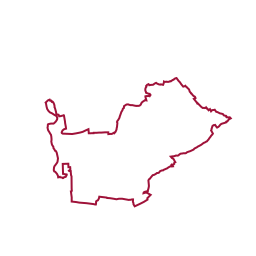 the district of Topoloveni, Arges, Romania, rotated 54°
{"feature_id": "2599482B28949166666369", "entity_name": "Topoloveni", "entity_type": "district", "adm_level": 2, "iso_a3": "ROU", "parent_name": "Romania", "parent_adm1": "Arges", "projection": "mercator", "projection_center": [25.078, 44.823], "detail": "fine", "context": "isolated", "style": "outline", "palette": "rose", "viewbox_px": 256, "rotation_deg": 54, "n_neighbors": 0, "source": "geoboundaries", "source_scale": "gbopen_adm2", "svg_char_len": 5840}
<svg xmlns="http://www.w3.org/2000/svg" viewBox="0 0 256 256"><g transform="rotate(54 128 128)"><path d="M154.4,216.8L157.6,213.3L159.7,211.3L164.4,205.8L169.3,200.6L170.5,199.6L171.0,199.0L170.6,198.5L168.7,197.0L168.6,196.9L168.6,195.6L168.8,194.9L168.2,193.5L167.7,192.7L166.7,191.6L171.8,186.1L172.3,186.1L174.1,183.9L176.7,181.3L178.9,179.2L179.9,176.9L181.3,175.0L181.9,174.2L186.7,169.6L187.0,168.9L187.5,168.3L188.2,166.6L188.7,165.9L189.7,166.7L190.7,167.5L191.6,167.6L193.0,168.4L195.3,168.6L196.4,162.9L197.1,158.6L197.4,154.3L196.3,153.7L196.0,153.3L196.0,152.6L195.4,149.0L193.0,150.1L192.2,150.3L191.0,151.3L190.5,152.0L189.9,153.8L189.6,153.5L189.4,153.1L189.4,152.3L189.8,151.2L190.7,149.0L190.1,148.5L189.2,147.3L187.8,145.7L186.8,144.9L182.4,142.3L182.0,141.5L181.8,140.8L181.9,139.9L181.6,139.3L180.7,135.8L181.3,134.2L181.4,133.3L181.5,132.1L181.4,131.2L182.1,130.0L182.3,129.0L181.8,127.6L181.8,127.2L182.3,125.4L182.9,124.6L182.8,123.7L183.0,122.9L183.5,120.6L183.7,119.9L183.6,118.9L183.7,117.9L183.8,116.9L184.1,115.9L184.8,115.3L185.4,114.2L184.8,114.1L183.4,114.5L183.3,113.9L184.1,113.6L184.3,112.5L184.2,111.7L183.5,111.3L183.4,110.8L183.3,110.4L183.4,109.8L182.3,109.8L181.6,109.6L179.9,109.4L178.9,109.7L178.2,110.1L176.3,110.2L177.4,108.1L177.8,107.7L178.0,106.9L178.3,106.2L178.3,105.8L178.6,105.2L179.2,104.5L179.6,104.0L179.8,103.2L179.7,102.6L179.6,102.1L179.6,101.8L179.7,101.4L179.6,100.9L179.7,100.5L180.4,99.3L180.9,98.3L181.3,97.5L182.0,96.8L182.2,96.3L182.4,95.8L182.3,94.6L182.4,94.2L182.7,93.1L183.3,91.3L184.0,87.6L183.7,86.5L183.7,85.9L183.9,85.2L183.9,84.7L184.1,83.7L184.1,81.9L184.3,81.2L184.6,78.7L184.6,77.4L184.5,75.5L184.8,74.8L184.9,73.9L185.0,72.7L185.2,71.9L184.8,70.7L184.7,69.8L184.1,68.3L183.6,66.5L183.1,65.2L182.8,63.5L182.4,62.6L181.5,62.5L178.8,62.2L178.6,61.6L177.5,60.6L177.3,60.1L176.7,59.4L176.3,58.8L176.0,58.4L176.0,57.1L176.3,56.9L176.7,55.7L179.4,55.8L180.0,55.7L180.0,55.3L180.2,54.5L180.1,53.1L179.8,52.2L179.7,51.7L179.5,50.8L179.7,49.5L180.5,47.3L181.1,45.4L180.8,45.4L180.6,44.7L180.9,43.4L180.8,42.6L180.3,41.7L180.4,40.6L180.6,39.2L179.4,39.3L179.1,39.4L178.8,40.1L178.6,40.4L177.8,41.1L177.6,41.6L177.3,41.9L177.0,42.0L176.7,41.9L176.1,41.5L175.8,41.5L175.3,42.1L174.0,43.1L172.9,43.0L172.4,43.1L171.3,44.0L170.1,45.1L168.4,45.9L167.4,46.5L166.8,47.1L164.2,47.1L164.1,47.5L163.0,49.4L163.3,51.0L160.9,50.6L161.0,52.4L159.0,52.4L158.9,52.7L157.2,52.7L157.4,53.4L157.1,54.1L156.5,54.5L155.8,55.7L154.5,56.2L153.5,56.4L148.6,57.1L148.7,57.5L147.5,57.4L143.1,57.6L143.2,56.8L143.6,56.0L143.6,55.9L142.9,55.6L142.2,55.5L141.7,55.6L140.7,56.1L139.8,56.3L137.3,56.4L137.0,56.7L136.4,56.5L134.9,56.7L132.9,56.0L132.2,56.0L130.4,56.4L130.0,56.3L129.0,56.7L127.5,56.8L127.5,57.6L127.0,59.0L123.9,59.2L121.5,59.1L119.6,59.4L116.1,59.4L115.8,60.1L115.8,60.5L115.6,60.9L115.5,61.6L115.7,62.3L115.7,62.9L115.4,63.6L115.4,66.0L115.0,66.2L114.7,67.1L114.7,67.6L114.4,68.2L113.9,68.9L113.1,69.7L113.0,70.2L112.7,70.4L112.1,71.4L111.6,71.6L112.6,72.6L113.7,74.2L113.1,74.8L112.0,75.7L112.0,76.2L111.1,77.2L109.1,78.4L108.0,78.7L107.8,79.6L107.7,81.1L107.8,81.7L107.7,82.4L106.5,84.3L105.9,85.6L105.5,85.5L104.6,85.6L104.3,87.1L104.7,88.7L105.4,88.8L105.8,89.9L106.3,90.7L107.2,91.5L108.2,92.1L108.8,92.1L109.4,92.3L110.0,92.7L110.6,92.4L111.4,91.8L112.9,90.9L113.1,90.4L113.5,90.4L114.5,90.4L114.9,91.5L114.7,91.5L113.9,93.1L113.0,94.3L112.6,95.3L113.9,96.0L114.4,96.1L116.5,96.9L115.4,98.1L115.5,98.7L115.4,100.3L115.4,101.2L115.6,102.2L115.9,102.8L116.6,104.0L116.7,105.5L116.2,106.6L115.5,107.5L115.3,108.0L114.7,108.5L114.5,108.9L112.0,111.1L111.2,112.3L109.8,113.5L109.1,113.9L108.5,114.7L108.1,115.5L108.0,118.4L109.3,119.5L109.2,119.8L109.4,120.2L109.5,121.0L110.4,122.1L111.1,123.9L112.9,126.5L113.9,128.0L114.3,128.4L114.8,129.1L115.7,131.1L116.1,132.5L116.7,133.4L117.7,133.6L119.1,134.9L120.7,136.3L121.4,137.2L122.2,137.9L122.6,138.4L123.4,139.7L123.9,140.7L124.1,142.0L123.6,141.9L123.4,143.5L123.4,144.0L123.1,144.9L122.7,145.3L121.4,147.5L119.9,146.5L117.9,149.3L116.1,152.2L114.9,153.8L114.0,155.3L113.1,156.7L111.7,158.6L112.0,158.9L109.2,162.8L105.7,160.7L105.1,163.5L104.5,166.9L103.5,169.5L101.7,173.4L100.0,176.8L99.1,177.9L94.2,184.1L93.2,184.5L92.5,184.2L91.5,182.4L91.4,180.4L91.7,179.7L91.8,179.2L92.1,178.5L90.3,177.5L87.1,176.0L85.6,175.1L80.1,172.4L79.9,172.5L79.9,172.8L79.7,173.2L78.8,175.5L78.1,176.8L77.2,176.5L76.4,176.4L76.1,176.7L75.7,177.2L74.9,177.6L74.7,177.7L73.7,177.4L73.0,176.9L69.0,175.4L67.9,175.2L67.5,174.8L66.8,174.4L65.4,173.8L63.4,173.4L62.6,173.5L62.5,173.8L62.3,173.8L62.0,174.3L61.2,174.1L61.0,173.9L60.6,174.0L60.3,174.4L60.2,174.9L59.0,174.7L58.6,176.4L59.0,179.7L59.7,179.8L63.0,181.4L65.2,182.2L67.7,182.3L69.7,181.9L71.1,181.0L74.5,179.7L75.6,179.1L76.5,178.9L77.0,178.9L78.7,179.6L79.4,180.3L80.3,182.5L80.6,184.3L80.7,185.2L80.6,185.8L80.2,186.3L79.7,186.9L78.9,188.2L78.2,189.8L78.0,190.5L78.3,191.0L79.4,191.8L80.4,192.9L82.5,193.8L83.3,194.0L84.5,194.0L87.2,194.3L88.2,194.3L89.9,195.1L91.9,196.3L93.0,197.1L93.7,197.9L95.6,198.8L96.6,199.2L97.6,199.4L99.2,199.4L100.7,200.2L102.0,200.1L103.5,200.4L103.8,200.1L104.3,199.9L105.1,200.0L106.1,200.2L111.4,202.5L113.3,204.3L113.9,204.9L114.4,205.8L115.1,207.9L115.7,210.0L116.5,211.1L118.4,212.8L119.7,213.2L120.7,212.6L123.4,212.4L125.6,212.8L126.9,213.5L127.2,212.9L127.2,212.4L127.4,211.9L127.8,212.0L129.5,210.3L130.2,210.2L130.4,209.9L130.4,209.5L130.2,209.0L130.6,207.7L130.9,207.2L130.2,205.6L129.8,205.0L129.5,204.9L128.0,206.6L127.4,206.9L126.9,207.5L118.7,201.9L121.8,197.3L124.7,199.2L125.7,197.8L127.5,198.9L127.8,199.9L127.8,200.9L128.1,200.9L128.5,200.5L128.7,200.0L129.2,199.6L129.8,200.1L132.7,201.8L133.9,202.1L143.6,209.0L144.8,209.8L145.7,210.3L146.1,211.0L145.8,211.5L151.0,214.3L154.4,216.8Z" fill="none" stroke="#9f1239" stroke-width="2"/></g></svg>